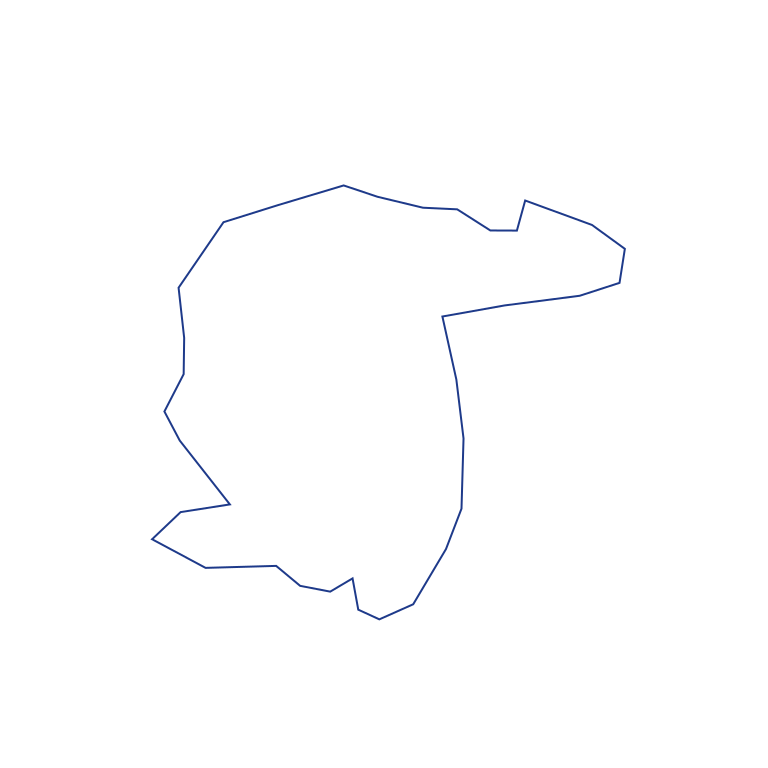 SVG path tracing the border of Campbell Islands, rotated 156°
{"feature_id": "NZL-5478", "entity_name": "Campbell Islands", "entity_type": "state/province", "adm_level": 1, "iso_a3": "NZL", "parent_name": "New Zealand", "parent_adm1": "", "projection": "mercator", "projection_center": [169.165, -52.535], "detail": "fine", "context": "isolated", "style": "outline", "palette": "blue", "viewbox_px": 768, "rotation_deg": 156, "n_neighbors": 0, "source": "natural_earth", "source_scale": "10m", "svg_char_len": 598}
<svg xmlns="http://www.w3.org/2000/svg" viewBox="0 0 768 768"><g transform="rotate(156 384 384)"><path d="M573.8,336.7L593.6,415.4L595.8,448.2L563.0,474.5L547.8,507.4L532.5,555.5L464.8,597.1L407.9,590.5L340.1,581.8L313.8,557.7L276.7,529.2L246.1,513.8L224.4,481.0L200.2,470.1L180.4,494.2L129.3,444.7L109.0,409.5L127.7,380.6L169.3,385.0L241.8,406.7L303.2,421.9L316.1,358.6L333.5,301.9L363.9,238.6L394.5,208.0L446.9,170.9L484.0,170.9L499.3,188.3L491.8,219.2L517.6,216.2L542.7,233.7L556.5,261.7L621.8,288.6L659.0,336.5L621.9,349.7L573.8,336.7Z" fill="none" stroke="#1e3a8a" stroke-width="2"/></g></svg>